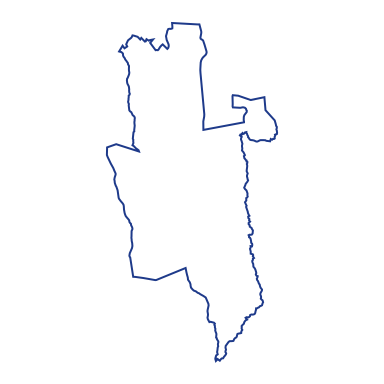 outline of Ol Kalou, Central, Kenya
{"feature_id": "3690345B95130653030363", "entity_name": "Ol Kalou", "entity_type": "district", "adm_level": 2, "iso_a3": "KEN", "parent_name": "Kenya", "parent_adm1": "Central", "projection": "albers", "projection_center": [36.373, -0.309], "detail": "fine", "context": "isolated", "style": "outline", "palette": "blue", "viewbox_px": 384, "rotation_deg": 0, "n_neighbors": 0, "source": "geoboundaries", "source_scale": "gbopen_adm2", "svg_char_len": 6020}
<svg xmlns="http://www.w3.org/2000/svg" viewBox="0 0 384 384"><path d="M215.9,361.0L217.0,359.9L217.3,358.9L218.2,359.4L218.8,360.0L219.8,360.7L220.7,359.4L221.6,358.5L223.1,358.3L224.1,356.6L224.8,355.9L225.9,354.4L226.2,353.3L225.4,352.0L225.6,350.7L226.0,349.8L225.8,348.8L225.5,347.8L225.7,345.9L228.6,341.9L229.6,341.2L232.1,341.1L233.4,340.9L234.3,338.9L235.2,338.0L236.3,337.4L236.8,336.6L237.0,335.3L237.5,333.9L238.9,333.5L240.2,333.3L241.2,333.0L241.3,331.6L241.7,330.7L242.3,329.9L241.8,329.0L241.6,328.2L241.8,327.0L241.6,326.1L242.3,325.2L243.9,323.7L244.2,322.3L244.9,321.2L245.8,320.2L247.1,319.6L245.6,317.8L246.5,317.2L248.4,317.4L249.3,316.9L250.0,316.2L250.1,315.1L251.3,314.5L252.7,314.6L253.8,314.4L254.7,313.9L255.2,313.0L255.6,311.0L255.9,310.2L256.1,308.3L257.1,308.3L258.0,307.7L259.0,307.3L259.9,306.2L261.1,305.8L262.0,305.3L262.3,304.4L262.5,303.4L263.1,302.3L262.6,300.4L261.6,299.6L260.8,298.7L261.1,297.4L261.0,296.2L260.6,295.4L260.3,294.5L260.4,293.3L261.9,290.6L262.0,289.5L260.5,287.6L259.9,285.8L259.7,284.5L258.9,283.6L258.0,281.1L257.2,280.1L256.8,278.8L257.4,277.5L257.7,276.2L256.6,275.8L256.1,275.1L255.8,274.3L256.3,273.1L256.1,272.1L255.4,269.7L254.8,268.4L253.4,266.7L253.2,263.9L252.5,262.5L252.2,261.0L252.9,259.9L252.9,258.7L254.0,258.0L252.8,256.2L253.2,255.1L252.8,254.3L250.7,253.7L250.7,251.4L250.0,248.8L250.7,247.4L250.6,246.1L252.0,246.3L252.3,245.0L252.1,243.7L251.2,242.8L251.1,241.3L250.6,238.9L250.0,237.8L249.1,237.3L249.1,236.4L248.6,235.2L249.5,234.7L250.6,234.8L251.8,234.6L252.6,233.5L252.9,230.4L252.0,229.1L251.6,228.0L249.8,226.7L249.6,225.1L248.7,224.3L248.6,223.0L250.1,221.6L249.1,220.5L249.4,219.1L248.4,218.1L248.2,216.6L249.4,215.8L248.8,215.0L247.9,212.8L247.8,211.8L246.1,206.9L246.6,205.7L245.9,204.4L245.0,202.2L246.3,200.5L246.2,198.1L247.2,197.4L247.7,196.5L247.4,195.5L247.5,193.4L246.5,190.5L244.9,188.9L244.2,187.7L245.4,184.9L245.7,183.8L247.4,181.7L248.1,180.3L247.6,179.2L247.4,177.9L247.0,176.7L247.0,175.5L247.3,174.5L247.7,173.4L246.7,171.4L246.7,170.3L247.2,166.5L247.2,165.3L246.8,164.0L247.3,163.0L247.4,162.0L246.5,161.5L246.6,160.5L245.8,160.0L245.2,159.1L244.4,158.3L244.2,157.2L243.9,156.1L244.9,155.1L243.6,152.4L242.0,150.5L242.2,149.4L242.3,148.4L242.0,146.5L242.0,145.6L242.4,143.8L241.6,141.0L241.0,139.5L241.1,138.2L241.7,136.9L239.9,135.4L240.4,134.6L241.4,135.0L241.8,133.8L242.5,133.1L243.0,134.0L244.1,133.6L245.0,132.4L246.3,132.1L246.2,133.0L246.9,133.5L247.5,135.4L248.1,136.2L248.1,137.3L248.8,137.9L249.3,138.9L250.3,139.9L251.5,140.1L252.6,140.2L254.0,140.5L256.2,141.5L257.4,141.5L258.2,141.2L259.9,140.3L260.9,140.1L265.2,140.2L266.3,140.8L270.1,141.3L270.8,139.0L272.1,139.7L273.0,138.9L273.9,139.0L274.7,138.5L274.6,136.9L275.3,135.5L275.0,134.7L275.8,134.3L276.8,134.1L277.1,132.9L276.8,130.5L276.4,129.4L276.8,128.0L276.8,126.8L276.1,125.8L275.8,124.2L274.7,120.4L265.5,110.2L264.4,97.2L250.7,100.0L238.2,95.7L232.8,95.2L232.5,96.1L232.7,103.9L232.6,106.4L232.9,107.4L240.3,107.8L242.8,107.3L243.7,107.4L245.0,107.8L246.0,108.8L246.3,110.0L246.8,110.7L246.7,112.0L244.3,115.2L243.8,116.9L243.7,120.2L244.0,121.3L244.0,122.3L203.4,129.9L203.3,121.4L204.2,116.5L204.3,114.3L200.5,73.2L200.3,70.0L200.4,67.8L200.7,62.6L201.2,60.4L202.2,58.5L203.0,57.4L205.7,54.8L206.3,53.7L206.6,52.5L206.5,51.4L204.5,44.6L203.1,40.5L202.2,39.7L201.4,39.4L200.6,38.6L200.4,37.6L201.2,33.5L201.3,32.3L201.2,31.2L199.4,24.4L197.3,24.4L172.1,23.0L172.4,27.1L172.3,28.4L170.8,28.9L169.4,28.8L168.3,29.0L167.2,31.2L167.0,32.6L166.0,36.1L166.7,40.0L168.4,43.9L168.7,45.0L168.7,46.4L168.2,48.0L167.3,48.9L162.7,44.4L161.5,45.4L160.0,47.1L158.5,49.6L157.8,50.2L156.7,50.0L155.6,50.2L150.2,42.9L153.0,39.5L149.8,40.1L148.9,40.7L146.5,39.2L146.0,40.3L145.8,41.3L144.9,41.6L141.3,37.9L140.2,39.5L137.6,36.8L133.7,35.6L132.5,35.4L131.7,37.2L131.1,37.9L128.2,40.2L127.7,41.0L126.2,44.3L127.2,46.5L124.5,48.3L122.6,45.7L119.1,51.5L120.1,51.8L121.2,52.0L122.1,52.7L122.9,53.5L123.1,55.6L123.5,56.6L124.8,58.3L125.2,59.4L125.7,60.1L126.3,60.7L126.7,61.5L127.4,62.3L127.9,63.1L128.0,64.2L129.0,66.0L128.9,69.4L129.0,70.9L129.3,72.3L129.2,73.7L128.9,74.8L127.7,77.8L127.1,78.7L126.9,80.3L127.2,82.9L127.6,84.1L128.5,85.7L128.9,86.8L129.2,89.3L129.1,90.7L129.2,91.7L129.3,92.6L129.8,93.8L129.5,94.8L128.7,95.6L128.7,97.2L128.5,98.7L128.5,99.8L128.1,101.9L128.4,102.9L128.9,104.0L128.7,105.3L129.3,110.3L130.0,111.3L131.3,112.2L132.7,115.2L133.9,116.1L134.7,117.3L134.8,118.3L134.6,119.6L134.6,120.9L134.4,121.8L134.4,122.9L134.7,125.7L134.2,130.2L134.3,131.4L133.5,132.2L132.8,138.8L133.3,139.7L133.2,141.0L133.4,143.0L132.5,145.3L133.7,146.0L135.7,148.1L136.4,148.7L137.5,149.4L138.6,150.3L139.0,151.5L116.2,144.2L107.1,147.4L106.9,155.0L107.6,156.9L110.8,163.6L113.3,168.1L114.3,170.6L115.6,173.5L115.6,174.7L114.7,177.4L114.3,179.5L114.6,180.8L114.8,182.9L115.1,183.8L115.8,185.8L116.4,186.8L117.6,190.3L118.6,197.5L118.9,198.6L120.8,201.2L122.7,203.4L123.5,204.7L123.8,206.2L124.0,209.5L124.6,212.9L125.1,214.5L125.7,216.0L126.6,217.2L128.5,219.4L129.2,220.4L129.4,221.9L130.0,222.9L130.9,223.7L131.1,225.2L132.1,227.2L132.4,228.3L132.4,229.2L131.6,231.0L131.5,236.6L131.4,237.9L131.6,239.1L131.7,240.9L132.2,243.2L132.4,246.0L132.0,248.1L129.8,253.2L129.4,255.5L129.6,256.6L130.2,257.4L133.2,276.8L135.2,276.9L143.2,278.0L155.3,280.1L156.3,280.0L185.6,268.0L186.4,272.1L187.1,275.1L187.8,277.5L188.0,279.7L189.8,282.3L190.5,284.3L190.6,285.8L191.0,287.6L192.5,289.4L193.8,290.6L195.8,291.3L197.7,292.8L199.1,293.3L200.1,294.1L203.3,295.9L205.7,297.5L208.4,303.8L208.6,305.5L207.6,310.1L207.5,311.3L208.0,314.3L207.9,315.8L207.5,317.7L207.9,319.3L209.4,322.1L210.6,321.8L214.0,322.7L214.9,323.7L214.3,324.8L214.9,325.8L214.9,327.4L215.4,328.9L215.2,330.4L215.8,332.3L216.3,333.4L216.4,334.6L216.1,337.6L216.8,338.2L216.9,339.1L218.3,341.4L218.3,342.5L218.0,343.6L217.9,344.5L218.2,346.3L217.7,347.5L217.4,350.5L217.1,352.0L217.7,354.4L216.2,355.4L215.5,357.7L215.3,358.9L215.9,361.0Z" fill="none" stroke="#1e3a8a" stroke-width="2"/></svg>